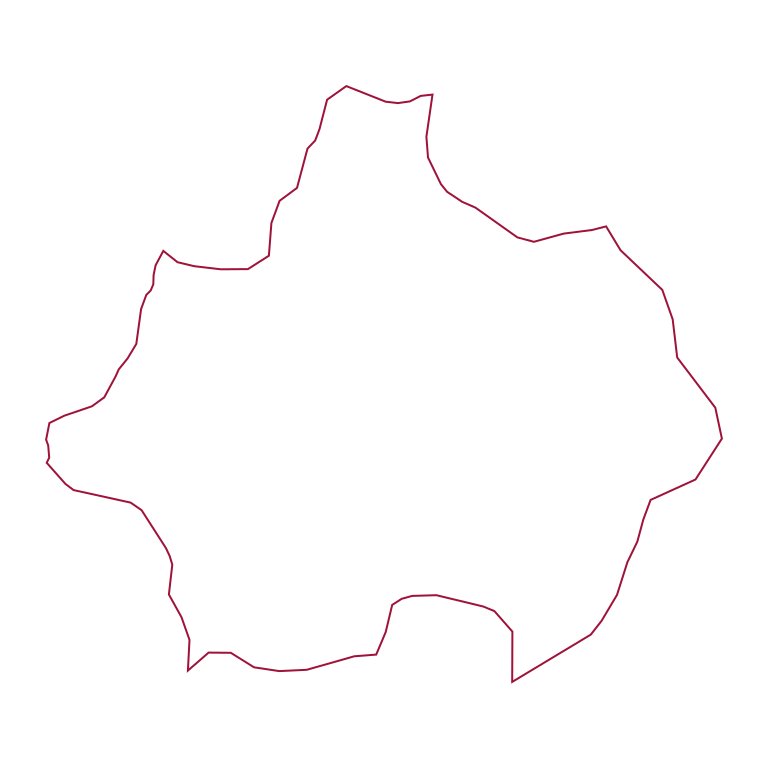 Kütahya, Mercator projection
{"feature_id": "TUR-2276", "entity_name": "Kütahya", "entity_type": "Province", "adm_level": 1, "iso_a3": "TUR", "parent_name": "Turkey", "parent_adm1": "", "projection": "mercator", "projection_center": [29.429, 39.315], "detail": "fine", "context": "isolated", "style": "outline", "palette": "rose", "viewbox_px": 768, "rotation_deg": 0, "n_neighbors": 0, "source": "natural_earth", "source_scale": "10m", "svg_char_len": 1193}
<svg xmlns="http://www.w3.org/2000/svg" viewBox="0 0 768 768"><path d="M432.5,94.6L426.4,136.7L428.0,157.5L440.9,184.1L447.1,191.8L462.1,201.8L475.4,207.6L517.4,237.4L533.9,241.8L563.7,233.6L592.0,230.0L606.1,226.4L620.5,250.2L662.3,289.9L672.7,319.4L677.2,357.5L715.3,407.7L721.9,438.6L695.5,479.5L650.6,499.9L643.3,519.6L637.3,541.7L627.4,562.2L617.0,594.9L601.6,620.8L590.8,634.6L512.2,681.9L512.4,631.6L494.4,611.1L483.2,606.5L436.4,595.2L412.2,595.9L401.7,598.8L392.2,604.9L385.7,632.1L376.2,654.6L354.2,656.3L306.7,669.8L279.3,671.1L254.0,667.3L230.8,652.8L208.6,652.6L187.9,670.6L189.5,639.9L181.5,617.2L168.9,594.5L172.3,564.6L169.7,556.1L166.0,548.2L141.6,510.2L130.6,502.6L73.6,490.1L65.5,484.0L46.7,462.8L49.2,457.7L48.2,445.4L46.1,439.7L49.4,423.0L64.3,415.7L91.9,406.3L104.3,397.3L115.7,376.2L118.8,369.3L127.6,358.4L136.3,343.9L141.1,309.0L146.3,294.9L150.7,290.5L153.3,284.3L153.6,275.0L155.6,265.3L163.3,250.9L177.5,262.2L194.3,266.2L220.9,269.3L248.0,269.1L268.9,255.7L271.4,223.0L279.6,200.8L297.0,187.9L307.5,148.6L315.2,140.5L319.5,129.1L327.1,99.7L346.3,86.1L385.7,101.7L397.9,103.1L409.9,101.4L420.7,95.9L432.5,94.6Z" fill="none" stroke="#9f1239" stroke-width="2"/></svg>